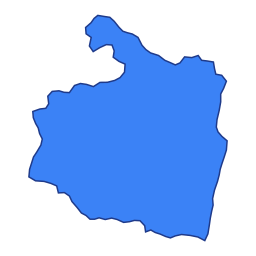 Vermelho Novo, Minas Gerais, Brazil (Robinson projection)
{"feature_id": "56859067B8228398709710", "entity_name": "Vermelho Novo", "entity_type": "district", "adm_level": 2, "iso_a3": "BRA", "parent_name": "Brazil", "parent_adm1": "Minas Gerais", "projection": "robinson", "projection_center": [-42.258, -20.028], "detail": "fine", "context": "isolated", "style": "filled", "palette": "blue", "viewbox_px": 256, "rotation_deg": 0, "n_neighbors": 0, "source": "geoboundaries", "source_scale": "gbopen_adm2", "svg_char_len": 1540}
<svg xmlns="http://www.w3.org/2000/svg" viewBox="0 0 256 256"><path d="M204.8,240.6L207.9,233.9L209.4,224.6L210.3,218.2L211.7,211.0L213.1,205.1L212.6,198.6L214.5,190.1L217.5,181.4L219.2,174.9L220.2,169.3L222.0,163.5L224.2,157.0L226.4,150.0L227.1,140.8L221.9,136.4L218.0,131.9L216.3,127.1L217.0,119.7L219.2,110.4L220.7,101.9L220.7,94.0L223.6,88.4L226.4,81.2L221.7,75.3L215.8,74.2L214.5,68.6L213.4,62.0L207.3,61.0L201.6,60.3L198.2,55.5L191.8,57.6L184.6,56.9L180.0,62.9L175.3,64.9L170.2,62.6L164.8,60.3L158.6,55.5L150.5,52.9L145.9,49.6L142.0,45.3L138.0,37.4L132.3,34.0L127.2,32.7L122.8,31.2L119.0,27.3L114.2,21.3L109.8,17.3L104.4,16.5L97.8,15.4L94.1,18.4L91.1,22.7L85.6,27.5L86.1,33.8L91.2,37.4L89.4,46.0L93.2,51.6L99.8,47.6L106.3,44.6L112.0,45.0L114.2,50.9L113.2,57.2L119.0,61.4L125.1,64.1L124.5,72.2L120.1,77.6L114.8,80.4L107.4,82.3L100.0,82.4L93.4,86.6L86.5,84.4L80.4,83.5L74.5,85.5L69.4,92.6L64.0,92.3L59.0,90.8L52.2,91.4L47.8,96.2L48.7,103.8L45.8,108.3L39.9,109.0L32.8,111.5L33.3,117.7L35.7,123.6L38.2,127.9L39.6,133.6L42.3,139.0L40.9,145.1L36.8,152.0L33.5,157.0L31.8,162.4L29.6,169.3L28.9,176.9L35.5,180.8L44.1,181.4L50.9,183.4L56.7,185.9L58.4,192.9L64.4,192.6L69.4,196.0L72.0,201.6L77.2,207.6L81.4,213.0L86.1,215.5L90.0,219.2L94.6,219.2L99.1,217.8L105.2,219.5L111.6,218.1L117.2,219.5L123.6,222.4L129.5,221.7L134.4,220.4L140.0,220.7L144.7,225.7L145.6,231.9L150.8,230.0L155.2,232.5L160.2,234.1L165.7,236.5L170.4,237.9L175.3,235.9L181.5,234.5L190.1,235.4L197.9,237.0L204.8,240.6Z" fill="#3b82f6" stroke="#1e3a8a" stroke-width="1.5"/></svg>